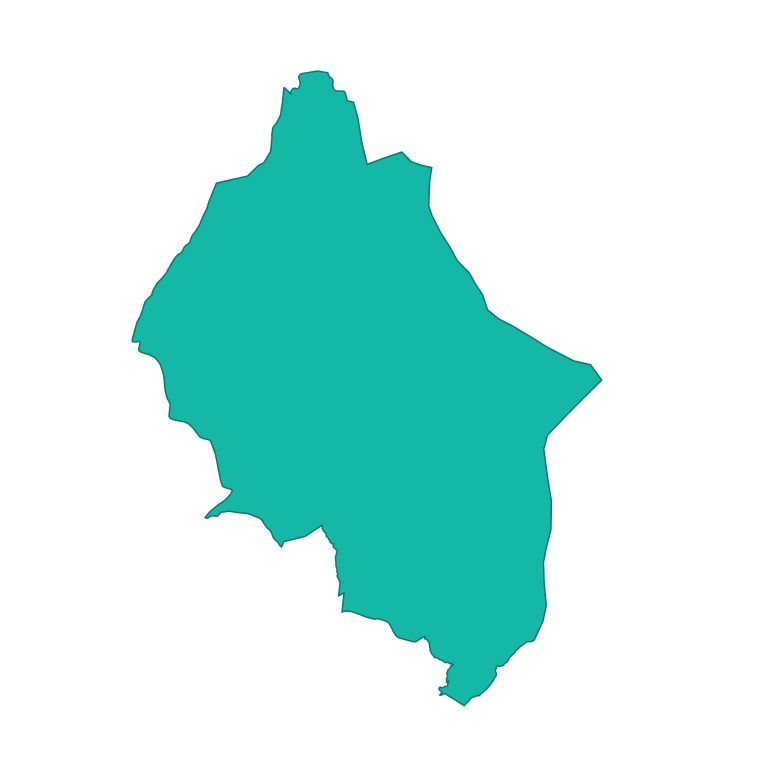 Abuakwa North, Eastern, Ghana (Equal Earth projection), rotated 207°
{"feature_id": "2480657B42374646075926", "entity_name": "Abuakwa North", "entity_type": "district", "adm_level": 2, "iso_a3": "GHA", "parent_name": "Ghana", "parent_adm1": "Eastern", "projection": "equal_earth", "projection_center": [-0.382, 6.235], "detail": "fine", "context": "isolated", "style": "filled", "palette": "teal", "viewbox_px": 768, "rotation_deg": 207, "n_neighbors": 0, "source": "geoboundaries", "source_scale": "gbopen_adm2", "svg_char_len": 6135}
<svg xmlns="http://www.w3.org/2000/svg" viewBox="0 0 768 768"><g transform="rotate(207 384 384)"><path d="M482.8,183.9L481.6,184.0L480.9,184.0L480.1,184.5L479.3,186.5L478.2,188.0L476.4,189.0L473.9,189.9L472.3,190.8L471.8,192.2L471.4,194.5L470.8,195.9L469.2,197.0L466.8,198.5L464.6,200.3L462.0,201.1L456.9,202.7L449.6,205.6L447.2,206.5L444.9,206.8L443.3,207.2L442.3,207.4L439.2,207.3L437.6,207.6L434.7,208.0L432.1,207.7L430.3,207.1L427.8,205.3L423.0,202.8L419.0,201.9L416.7,200.4L412.8,196.8L410.0,195.6L408.2,195.3L405.9,194.4L404.0,193.1L401.5,192.3L401.5,195.2L401.7,198.1L391.5,206.9L385.1,212.5L375.0,230.2L373.6,227.5L372.9,226.8L370.6,225.4L367.5,224.1L367.0,223.6L366.7,222.3L364.7,221.8L360.9,219.6L360.1,218.6L358.2,218.2L357.2,218.4L356.5,218.1L355.2,215.7L354.4,215.5L350.7,214.5L350.0,213.8L349.6,212.9L348.5,207.2L347.5,206.0L347.1,205.1L346.5,204.4L343.9,199.7L341.6,197.5L341.1,196.7L341.0,195.5L339.4,194.2L338.9,193.5L338.6,191.6L333.0,187.3L328.3,174.7L326.5,177.5L324.7,179.6L317.9,161.8L316.0,163.6L314.7,164.3L312.9,165.3L310.2,166.3L307.2,166.9L302.7,167.4L301.6,167.6L294.5,168.3L291.7,168.8L290.7,168.9L286.5,170.0L285.4,170.2L285.2,170.7L284.5,171.1L283.7,171.6L282.5,172.3L278.3,173.1L277.2,173.2L273.7,173.7L271.7,173.4L269.3,172.1L265.7,169.5L263.2,167.5L259.7,165.5L258.7,165.2L257.1,164.7L254.7,164.8L246.3,166.5L245.6,166.7L240.8,167.7L239.4,168.3L238.6,169.0L237.4,171.0L234.9,175.4L233.7,176.9L232.7,177.7L232.3,175.7L231.8,175.5L231.3,175.6L230.9,175.7L230.4,175.9L230.1,175.9L229.0,175.4L226.8,174.3L224.9,172.1L223.4,169.5L222.7,169.2L221.7,167.2L220.1,166.2L218.6,164.9L217.0,164.9L216.1,163.7L214.4,163.3L212.1,164.4L209.9,163.7L206.6,164.1L204.3,163.6L203.0,163.6L200.3,165.0L198.6,164.7L196.6,165.8L196.0,165.4L195.0,165.4L194.6,165.1L194.7,164.7L194.9,164.3L196.4,163.9L196.3,160.4L197.2,157.7L196.8,156.6L196.6,154.5L196.1,153.8L195.1,153.5L194.7,152.5L194.4,149.3L193.2,147.7L192.8,146.7L192.2,146.7L191.7,147.0L191.7,148.2L191.3,148.5L190.9,146.7L191.1,145.9L190.5,144.1L190.8,143.2L192.5,142.0L194.2,139.7L194.9,139.4L196.3,139.4L196.8,138.6L196.8,137.7L195.7,136.4L193.1,136.2L192.6,135.7L192.4,135.2L193.0,133.6L193.0,132.2L192.4,132.2L189.3,135.9L186.0,135.6L166.6,133.8L165.6,137.2L164.8,138.9L163.8,143.8L163.2,144.7L159.3,148.7L158.0,149.3L157.3,149.9L157.3,151.3L157.0,152.2L156.2,153.5L155.5,155.6L154.6,157.8L154.2,158.7L153.6,160.3L152.4,166.8L152.0,169.5L152.2,170.5L151.8,174.1L151.7,174.4L151.8,175.0L152.0,176.2L152.7,177.2L154.2,178.5L154.8,179.7L155.0,180.9L154.9,181.8L155.5,183.5L155.2,184.1L153.3,184.5L152.3,185.2L151.7,185.9L149.9,187.3L149.7,189.7L148.5,191.3L148.1,192.2L147.9,194.4L147.9,197.5L145.6,204.2L145.6,206.0L145.2,206.8L144.3,208.5L143.9,210.8L140.2,218.0L139.7,219.0L136.7,220.9L135.4,221.8L134.1,223.7L133.9,223.8L134.7,244.8L138.9,260.4L146.2,271.8L151.5,280.3L160.9,297.4L165.0,311.6L169.2,330.1L181.7,355.7L195.3,374.2L212.1,398.5L215.2,412.7L206.6,441.0L200.3,460.8L191.8,486.3L208.6,494.9L225.4,490.7L239.1,490.8L255.9,490.9L272.8,492.5L295.9,494.0L311.7,494.1L325.4,497.1L336.9,508.5L347.4,514.2L357.9,521.4L366.0,524.2L374.7,527.2L387.3,535.8L402.0,544.4L417.7,555.8L425.1,563.0L435.5,585.7L439.7,598.5L450.2,595.8L460.7,594.4L473.4,598.8L487.1,584.7L498.7,572.0L513.4,589.1L528.0,609.1L539.1,621.2L545.6,619.6L547.3,622.1L549.4,624.3L550.5,625.4L551.7,626.4L552.3,626.7L552.9,626.6L557.9,624.1L560.3,623.3L560.9,623.3L562.7,624.0L565.1,626.3L565.9,628.1L567.0,630.8L567.7,631.7L568.7,632.3L569.3,632.6L571.3,632.8L573.6,633.8L575.4,635.8L585.4,632.6L587.5,631.1L598.3,623.1L598.6,622.7L599.5,620.9L599.5,619.1L598.4,617.5L596.4,615.6L595.8,614.7L595.2,613.9L594.8,612.9L594.4,609.6L594.7,608.4L595.4,607.6L597.5,607.2L598.9,606.3L599.6,604.7L599.7,603.8L599.5,601.9L598.7,600.2L607.2,602.8L607.6,602.3L602.1,588.3L601.0,585.0L600.1,581.9L599.2,579.6L598.6,577.6L598.2,575.8L598.1,574.1L598.4,566.4L598.7,565.4L599.2,563.7L599.3,562.4L599.1,560.8L597.9,557.7L597.6,556.6L597.3,555.5L595.5,552.2L593.5,547.0L592.2,544.2L592.0,543.5L590.9,540.7L590.7,539.2L590.8,535.5L591.6,526.4L595.0,521.9L600.0,507.3L610.5,498.6L624.5,486.9L622.7,466.4L622.4,465.1L622.0,462.9L621.5,460.6L621.4,457.4L621.4,454.6L621.4,451.5L621.1,448.6L620.9,445.5L620.7,443.6L620.7,441.7L620.7,440.0L620.8,438.4L621.0,436.0L621.3,434.0L621.9,431.1L622.2,429.2L622.2,427.5L621.9,425.2L621.5,422.9L621.5,421.9L621.8,420.5L622.2,419.7L623.1,418.3L623.6,416.9L624.0,415.6L624.1,414.0L624.1,411.3L624.3,409.0L624.9,407.7L625.7,406.8L626.3,405.8L626.7,404.4L627.2,402.7L627.5,400.9L627.8,397.3L628.0,394.1L628.2,391.6L628.2,389.3L628.4,387.6L628.3,386.3L628.3,384.9L628.4,383.7L628.5,383.3L629.2,380.0L630.1,376.4L631.1,373.3L631.7,371.1L632.0,370.1L632.1,369.1L632.0,367.7L632.3,364.5L632.2,362.1L632.0,360.7L631.6,359.5L631.4,358.9L631.4,357.7L631.8,356.8L632.1,355.4L633.1,353.3L633.4,351.5L633.9,350.0L634.1,348.9L634.0,347.6L633.3,343.2L632.5,339.4L632.5,338.0L632.3,336.5L632.0,334.9L631.7,332.9L632.0,331.0L632.0,328.7L632.1,326.7L630.8,320.6L630.3,317.9L628.9,311.3L628.1,308.4L627.5,307.7L626.6,307.6L623.6,309.1L622.2,310.5L621.4,310.8L620.5,310.5L620.3,310.2L620.2,309.8L619.2,306.8L618.4,303.7L617.8,302.8L616.8,302.2L614.5,302.1L610.4,302.8L606.8,303.5L600.7,303.6L598.4,302.8L595.9,301.9L592.1,299.8L590.3,298.0L588.7,296.4L585.0,292.7L581.8,288.1L578.1,281.9L575.4,278.2L574.2,276.6L570.4,272.6L567.8,270.9L567.4,270.5L566.5,269.8L565.5,269.0L564.8,267.9L564.2,266.2L563.3,263.7L562.4,261.4L561.6,259.3L561.3,258.7L561.1,258.0L560.3,257.1L559.4,256.6L557.9,256.3L554.1,257.0L550.5,257.9L544.9,259.6L540.4,259.9L539.6,259.6L535.0,258.4L533.4,257.7L530.2,256.2L526.7,254.4L523.9,253.2L520.2,253.4L515.9,254.6L513.0,254.9L510.4,252.5L509.7,251.9L509.2,251.4L507.2,249.6L505.1,247.6L504.4,247.0L504.1,246.9L503.4,246.0L501.6,244.1L500.2,242.2L499.3,241.1L498.1,239.6L496.2,237.1L485.3,223.2L482.8,221.0L482.0,220.0L480.9,219.6L479.7,219.5L476.6,219.9L472.6,220.7L471.5,220.7L470.7,220.0L470.5,218.7L470.7,216.5L471.7,212.0L473.5,207.1L476.1,202.6L478.3,197.7L479.9,194.2L481.1,191.3L481.7,189.2L482.8,183.9Z" fill="#14b8a6" stroke="#0f766e" stroke-width="1.5"/></g></svg>